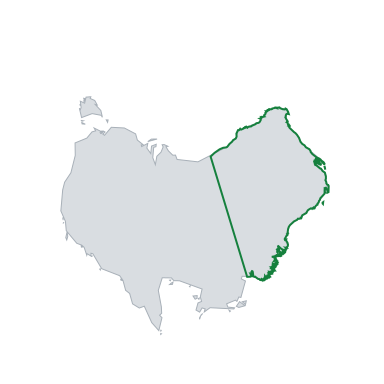 Western Australia on a map of Australia (Albers equal-area conic projection), rotated 160°
{"feature_id": "AUS-2651", "entity_name": "Western Australia", "entity_type": "State", "adm_level": 1, "iso_a3": "AUS", "parent_name": "Australia", "parent_adm1": "", "projection": "albers", "projection_center": [121.445, -24.431], "detail": "fine", "context": "in_parent", "style": "outline", "palette": "green", "viewbox_px": 384, "rotation_deg": 160, "n_neighbors": 0, "source": "natural_earth", "source_scale": "10m", "svg_char_len": 9382}
<svg xmlns="http://www.w3.org/2000/svg" viewBox="0 0 384 384"><g transform="rotate(160 192 192)"><path d="M274.5,83.0L275.9,101.0L281.2,101.0L286.1,107.2L285.3,118.0L288.0,122.3L287.1,132.5L288.6,138.1L303.1,150.8L306.3,167.9L307.9,169.0L308.8,166.3L311.7,169.9L312.5,168.6L312.3,176.9L313.8,179.8L317.8,183.2L323.4,198.6L321.0,207.6L321.7,219.1L312.8,238.2L308.3,244.8L299.2,251.5L289.2,266.3L285.1,278.1L272.4,278.6L265.4,282.7L261.6,282.4L262.1,285.6L257.0,280.2L258.0,279.4L257.8,278.2L256.7,278.0L254.4,279.5L253.2,278.1L255.9,276.8L254.8,275.2L245.7,280.4L233.7,275.3L225.1,265.9L225.6,259.5L221.7,253.1L223.6,253.6L223.8,251.9L216.9,252.8L219.4,248.7L217.6,242.2L214.3,249.0L209.3,249.1L210.4,246.9L212.7,247.1L217.1,237.7L217.1,230.2L212.8,237.6L207.5,240.0L203.7,244.2L203.9,246.6L202.0,246.1L199.0,243.2L201.0,243.4L200.1,238.7L197.5,233.2L194.9,232.3L194.9,227.7L176.1,218.3L142.8,222.6L132.1,227.6L127.4,234.2L104.7,234.6L92.6,242.8L84.3,242.6L74.8,237.6L74.4,232.1L76.7,232.9L78.6,229.5L78.2,218.4L73.9,210.1L72.0,199.6L59.9,178.1L64.3,180.2L61.4,173.6L63.4,177.5L66.8,178.5L60.7,164.9L63.7,145.6L64.8,150.0L68.4,144.9L81.8,135.6L86.7,135.9L111.5,127.2L121.0,116.1L120.4,108.8L125.5,103.6L129.6,111.8L131.9,107.3L129.2,104.1L130.1,102.1L138.4,103.6L135.8,102.8L137.6,99.6L136.2,96.8L140.7,96.5L139.1,94.4L142.9,94.2L141.7,91.2L145.0,87.9L145.2,89.9L147.8,89.7L148.2,85.9L151.9,87.4L154.4,84.4L158.4,86.7L163.5,92.3L162.4,96.5L166.2,92.6L173.7,95.7L175.4,93.5L172.2,90.1L182.1,76.2L183.9,77.3L187.2,73.9L188.2,75.5L197.7,75.1L197.7,71.6L191.6,68.6L192.7,67.8L214.6,77.1L221.5,75.1L219.6,77.7L222.2,79.6L225.9,76.5L228.6,79.7L224.3,85.7L220.4,85.9L220.1,90.5L215.7,97.4L234.2,112.9L239.4,114.9L240.7,118.3L249.3,121.6L257.3,111.1L260.1,94.5L262.0,88.4L264.6,87.3L263.2,84.2L270.6,73.1L274.5,83.0ZM250.4,294.7L259.0,299.8L270.3,299.7L269.2,309.3L268.8,307.5L267.3,309.3L265.9,315.5L262.5,312.2L259.1,317.4L254.5,316.1L255.7,314.7L252.1,311.3L251.3,306.1L253.0,307.3L249.8,299.8L250.4,294.7ZM181.0,67.0L187.5,67.5L189.4,69.4L184.8,72.7L181.0,67.0ZM206.7,253.7L216.3,254.5L212.0,255.6L206.7,253.7ZM225.7,90.2L226.6,93.9L222.6,92.9L223.6,90.4L225.7,90.2ZM323.2,197.0L323.9,192.8L326.1,189.8L326.2,192.3L323.2,197.0ZM269.1,292.2L272.0,293.6L271.8,295.0L269.1,292.2ZM180.2,68.0L182.3,71.7L178.2,71.2L180.2,68.0ZM247.9,289.1L246.2,288.4L247.5,286.3L247.9,289.1ZM244.7,112.7L242.6,113.5L240.7,113.8L241.9,111.9L244.7,112.7ZM59.8,177.1L58.3,175.2L58.0,173.3L58.3,173.2L59.8,177.1ZM270.9,296.1L271.9,297.3L269.8,296.1L270.9,296.1ZM313.4,177.7L314.8,178.0L314.4,179.8L313.4,177.7ZM287.6,132.4L289.1,133.8L288.7,134.4L287.6,132.4ZM261.8,315.6L261.7,317.1L260.6,316.4L261.8,315.6ZM322.7,209.6L322.3,211.8L322.2,211.8L322.7,209.6ZM197.6,68.1L196.6,67.0L197.4,66.6L197.6,68.1ZM228.0,71.1L226.2,72.7L228.4,69.8L228.0,71.1ZM323.5,206.9L322.7,207.5L323.3,206.8L323.5,206.9ZM226.7,104.1L225.8,104.4L226.4,103.6L226.7,104.1ZM222.5,89.7L221.4,89.8L222.2,88.8L222.5,89.7ZM73.0,136.0L72.8,137.5L72.3,137.4L73.0,136.0ZM268.8,72.0L268.6,73.2L268.3,72.3L268.8,72.0ZM256.6,278.6L256.8,279.3L256.5,279.1L256.6,278.6ZM225.8,73.2L223.5,74.2L225.8,72.9L225.8,73.2ZM141.8,89.4L141.0,90.3L141.6,89.3L141.8,89.4ZM262.7,314.6L262.0,314.8L262.5,314.2L262.7,314.6ZM243.2,116.8L242.1,116.6L242.8,116.0L243.2,116.8ZM137.4,95.8L136.8,96.3L136.8,95.1L137.4,95.8ZM267.6,312.2L266.8,312.4L267.2,311.6L267.6,312.2ZM270.1,68.9L269.8,69.7L269.2,69.2L270.1,68.9ZM256.0,279.5L256.7,280.3L255.4,279.9L256.0,279.5ZM305.1,151.1L304.3,151.0L304.8,150.1L305.1,151.1ZM308.2,166.0L307.8,166.0L308.3,165.3L308.2,166.0ZM251.0,293.6L250.7,294.2L250.6,293.4L251.0,293.6Z" fill="#d9dde1" stroke="#a8b0b8" stroke-width="1"/><path d="M162.4,218.9L157.4,221.1L151.4,222.7L147.6,222.9L144.5,222.2L143.4,222.4L140.3,224.4L136.9,225.7L135.9,226.6L132.6,227.3L131.2,228.7L130.3,231.7L127.6,234.4L126.7,234.0L125.2,234.9L125.0,234.1L124.4,233.8L121.8,234.0L121.5,234.5L120.2,234.1L119.7,234.5L119.7,234.9L118.7,234.9L118.5,234.0L118.1,233.4L116.8,234.0L113.9,233.4L112.9,233.8L109.1,234.0L108.1,234.6L105.7,234.2L104.4,234.7L103.0,235.9L102.4,237.2L102.9,237.7L102.0,237.6L101.8,238.5L101.4,238.1L100.9,238.8L100.2,238.4L98.5,238.2L98.8,238.6L97.8,239.0L97.8,239.6L96.1,240.4L95.8,241.6L94.4,242.0L94.6,242.5L94.1,242.3L92.4,242.6L93.4,243.0L93.0,243.3L91.5,242.8L91.1,243.5L89.4,242.6L88.4,242.6L88.1,243.0L85.6,242.7L85.0,243.0L83.5,242.3L84.2,242.2L83.4,241.6L83.4,242.1L80.9,241.6L80.5,240.6L78.5,238.8L76.5,237.8L75.8,237.8L75.5,238.3L74.8,237.5L74.3,234.6L74.4,232.1L75.7,233.0L76.8,232.8L77.7,231.9L78.3,230.4L78.7,230.3L78.8,230.1L78.7,229.5L78.5,230.2L78.5,228.3L77.9,225.6L78.5,224.5L78.2,225.6L78.7,226.5L78.3,225.3L79.0,225.1L78.6,224.7L78.7,223.1L78.3,222.7L78.6,222.6L78.8,222.0L78.4,219.0L75.6,213.3L74.7,212.1L73.8,209.9L72.9,206.2L72.9,202.1L71.9,199.4L70.3,197.4L69.7,195.1L67.1,192.1L66.6,190.3L66.8,189.0L65.8,186.2L62.8,181.6L60.9,179.8L59.7,177.9L60.5,178.4L60.6,176.6L60.9,178.7L61.3,179.5L61.0,176.7L61.3,178.0L61.7,177.8L62.0,180.2L62.3,178.7L62.6,180.8L62.9,179.8L63.3,181.4L64.2,181.0L64.6,180.4L64.6,179.0L63.9,178.3L63.2,178.2L62.5,177.2L62.3,176.1L61.3,174.6L61.8,172.9L61.9,173.6L63.3,175.0L63.6,175.6L63.5,178.0L64.0,178.0L64.3,177.4L64.2,176.0L64.6,176.3L64.7,177.3L65.5,179.3L66.1,179.7L66.9,178.7L66.5,176.2L67.0,176.2L66.9,175.1L66.2,174.8L63.6,170.3L62.8,169.8L62.1,167.0L60.5,164.8L60.8,161.0L61.6,158.8L62.6,157.5L62.4,155.3L62.8,154.4L62.7,153.5L62.3,152.5L61.6,152.0L61.5,150.9L63.8,145.2L64.8,145.1L64.2,147.7L64.5,148.9L64.9,148.8L64.7,150.2L65.1,150.3L65.8,149.7L66.1,150.0L67.1,147.5L67.0,146.3L67.4,146.6L68.0,145.1L73.6,142.2L74.5,140.9L75.8,140.1L76.6,138.8L78.1,138.1L78.3,137.2L80.1,136.8L81.8,135.6L82.4,134.7L82.7,134.7L82.4,135.6L82.9,136.0L84.9,135.1L85.1,135.6L86.0,136.0L88.5,135.5L89.6,135.1L91.8,133.1L96.3,132.4L98.3,130.0L98.7,130.3L98.9,130.0L100.8,130.2L101.7,130.7L102.7,129.9L106.2,129.5L111.2,127.4L112.9,126.2L114.4,124.3L116.0,121.2L115.8,120.5L116.9,120.1L116.6,119.5L117.2,118.7L117.9,118.7L121.0,116.1L121.0,115.1L119.7,115.1L120.0,114.6L120.0,113.1L119.6,112.0L119.8,109.7L120.5,108.4L122.0,107.6L121.9,107.2L122.8,107.6L122.3,106.8L122.7,106.2L124.4,106.2L123.9,105.6L124.0,104.9L124.9,104.2L125.1,103.5L125.9,103.2L125.7,103.5L126.1,103.9L125.7,103.9L125.4,104.7L126.0,105.5L126.7,105.5L126.4,106.1L126.8,106.4L126.7,107.2L127.5,108.0L129.7,112.3L129.7,110.6L130.3,109.3L129.8,108.6L129.9,107.8L132.2,109.5L131.3,107.9L131.8,108.1L131.7,107.5L132.5,106.6L132.4,106.4L132.1,106.9L131.3,107.1L130.8,106.0L129.4,105.3L130.1,104.5L129.4,104.7L128.8,104.1L129.3,104.2L129.1,103.9L130.3,104.4L129.9,104.2L130.4,104.1L129.4,103.5L130.8,103.7L130.3,103.2L130.8,103.3L130.8,102.9L129.6,102.4L129.8,101.8L131.0,101.5L131.5,101.9L131.3,102.0L131.6,102.3L131.0,102.4L131.9,102.9L131.9,103.7L132.1,103.0L132.8,103.3L132.6,102.7L132.8,102.6L132.3,102.1L133.8,102.5L134.5,103.5L135.3,103.6L135.7,103.2L139.2,103.8L137.9,103.2L135.8,103.0L135.6,102.2L136.1,101.0L136.7,101.9L137.2,101.4L137.3,99.8L138.2,99.2L137.4,99.2L136.4,100.6L136.1,99.3L135.9,99.6L135.7,98.2L136.1,97.8L135.7,97.0L136.2,97.0L136.4,96.6L137.5,96.9L137.6,96.3L137.9,96.7L138.3,95.9L137.9,95.8L137.8,95.0L138.5,95.3L138.4,95.7L138.8,95.4L139.0,95.8L139.7,95.9L140.2,96.4L140.1,96.8L140.6,97.0L140.7,96.6L141.5,97.1L140.8,96.4L141.3,95.6L140.5,95.3L139.7,95.8L139.4,95.4L140.7,94.5L139.3,95.1L139.1,94.4L139.4,94.0L140.1,94.2L140.4,94.0L140.3,93.0L140.9,93.1L140.7,93.5L141.2,93.6L141.5,94.5L141.4,93.5L141.5,93.4L142.4,94.3L143.4,94.4L142.9,93.7L143.4,93.4L141.7,92.9L142.6,92.5L141.8,92.1L141.3,91.3L142.6,90.6L142.1,90.4L142.9,89.6L142.9,90.4L143.2,89.9L143.6,90.7L144.0,89.6L144.7,90.0L144.7,87.8L145.8,88.0L145.6,88.5L145.2,88.5L145.4,89.7L145.0,90.7L145.7,89.0L145.7,89.5L146.6,89.4L146.4,90.4L147.0,90.8L147.1,89.9L147.9,89.8L147.5,88.9L148.1,88.7L148.2,87.8L148.8,87.6L148.7,86.8L147.7,86.6L147.6,86.0L148.5,86.3L147.9,85.5L148.5,85.3L148.5,85.5L148.9,85.5L148.6,86.2L149.4,85.8L149.0,86.7L149.3,86.7L149.1,87.3L149.8,87.8L150.2,87.5L149.9,87.2L150.2,86.6L150.9,86.0L151.9,85.8L151.0,86.8L151.6,86.7L151.3,87.0L151.9,87.3L152.1,87.9L152.5,86.7L152.8,87.1L153.1,86.8L152.9,86.1L154.0,85.9L153.3,84.7L153.8,84.6L154.0,85.0L154.2,84.8L154.0,84.5L154.8,84.3L155.6,85.1L155.5,85.5L156.0,86.1L156.3,85.5L156.5,86.0L156.8,85.6L157.5,86.2L157.5,85.7L158.1,86.0L158.3,86.9L159.8,87.9L161.7,90.9L162.2,90.8L163.7,92.0L163.4,92.3L163.4,92.8L162.9,93.0L162.2,96.2L162.4,97.1L162.0,97.7L162.6,97.2L162.8,95.4L163.9,97.1L163.4,94.5L164.3,93.4L164.5,94.4L164.6,94.0L165.0,94.5L164.9,92.7L165.9,92.4L169.2,93.4L162.4,218.9ZM59.5,176.3L60.0,177.7L58.2,175.1L57.8,173.3L58.1,172.9L58.4,173.0L59.5,175.9L59.3,176.5L59.5,176.3ZM73.2,136.5L72.9,137.4L72.2,137.6L73.0,136.0L73.2,136.5ZM137.2,95.6L137.7,96.1L136.8,96.4L137.2,95.9L136.3,95.8L137.2,95.0L137.2,95.6ZM141.5,89.2L141.9,90.3L141.4,90.7L141.1,89.9L141.4,90.0L141.5,89.2ZM164.6,93.2L165.1,94.5L164.6,93.8L164.6,93.2ZM162.9,94.4L163.3,95.0L163.3,95.5L162.8,95.1L162.9,94.4ZM58.7,171.3L58.7,169.7L58.9,169.3L58.7,171.3ZM59.0,168.4L58.9,169.2L59.1,167.4L59.0,168.4ZM136.0,95.2L136.2,95.4L135.5,95.4L136.0,95.2ZM139.8,92.8L139.8,93.5L139.3,93.0L139.8,92.8ZM151.5,85.3L151.8,85.3L152.2,85.5L151.5,85.5L151.5,85.3ZM76.7,220.9L77.2,220.7L77.4,220.8L76.7,220.9ZM78.1,221.8L78.3,222.3L78.3,222.5L78.2,222.4L78.1,221.8Z" fill="none" stroke="#15803d" stroke-width="2"/></g></svg>